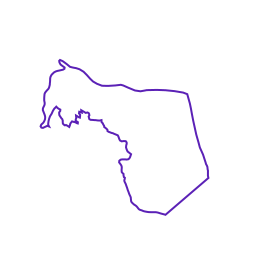 outline of Belém, Brazil, rotated 124°
{"feature_id": "56859067B26519845494345", "entity_name": "Belém", "entity_type": "district", "adm_level": 2, "iso_a3": "BRA", "parent_name": "Brazil", "parent_adm1": "", "projection": "albers", "projection_center": [-48.415, -1.273], "detail": "fine", "context": "isolated", "style": "outline", "palette": "violet", "viewbox_px": 256, "rotation_deg": 124, "n_neighbors": 0, "source": "geoboundaries", "source_scale": "gbopen_adm2", "svg_char_len": 3283}
<svg xmlns="http://www.w3.org/2000/svg" viewBox="0 0 256 256"><g transform="rotate(124 128 128)"><path d="M176.1,200.0L175.5,198.6L171.3,196.1L170.9,194.3L170.1,195.8L169.0,196.6L166.6,197.8L164.3,198.6L161.9,199.2L158.8,199.3L156.0,199.8L154.4,199.9L152.9,199.9L151.8,199.6L150.4,199.4L150.8,197.5L150.8,196.0L150.6,194.4L151.8,193.7L153.5,193.8L154.7,193.0L155.8,192.0L156.5,190.3L157.2,188.6L157.4,187.5L158.4,186.2L159.5,185.5L160.8,184.4L161.1,182.9L161.1,181.8L160.2,181.1L160.0,179.4L160.0,177.3L158.2,177.7L156.5,178.3L153.8,178.1L153.4,176.7L152.7,174.9L152.6,173.2L152.3,172.2L151.2,172.8L151.2,174.4L151.2,175.5L149.9,176.2L148.7,176.4L147.7,177.3L146.7,178.1L146.6,176.6L146.6,175.0L146.3,173.7L144.9,174.4L143.8,175.1L143.3,176.8L141.8,177.5L141.1,175.0L140.3,176.0L139.4,176.7L139.3,175.2L139.2,173.5L139.1,171.5L137.8,170.3L137.6,169.1L138.1,168.1L139.1,167.1L140.4,167.1L141.7,165.7L142.3,164.9L142.1,163.5L140.9,161.5L140.2,160.2L139.5,159.1L139.0,158.0L138.5,157.0L137.6,155.6L136.3,154.4L137.1,153.8L138.0,153.0L138.2,151.5L138.9,150.6L139.5,149.1L140.5,148.2L140.5,146.9L140.7,145.3L140.9,144.2L142.0,143.3L142.0,141.9L141.6,140.4L141.3,138.9L140.8,137.7L140.6,136.3L140.2,134.4L139.8,132.4L140.3,131.4L141.1,130.3L142.0,129.1L142.8,127.7L142.6,125.8L141.1,124.1L140.2,122.5L140.7,121.1L141.9,120.2L143.1,119.9L145.2,118.8L146.6,117.0L147.7,115.2L148.0,110.8L151.0,110.0L152.5,109.9L153.8,110.3L155.0,111.6L155.6,112.8L157.4,115.4L158.4,116.4L160.0,116.9L161.5,116.1L162.2,114.0L162.7,112.8L163.3,111.9L164.2,111.1L165.2,110.5L166.3,109.9L168.0,108.6L168.4,107.4L168.6,106.0L169.8,105.2L171.0,103.9L171.0,102.8L172.1,102.2L173.3,101.9L174.3,101.0L175.0,99.8L175.6,98.7L177.4,96.3L178.1,95.3L179.5,93.6L180.8,91.7L181.8,90.4L182.7,89.0L183.3,87.9L184.0,86.9L185.0,86.1L186.9,84.5L187.5,83.5L187.8,82.1L188.1,79.9L188.0,78.6L188.1,77.4L188.4,76.1L188.8,75.0L189.2,73.7L189.2,72.6L188.5,70.1L188.3,68.9L187.9,67.7L187.1,65.8L186.2,63.9L185.4,62.6L184.6,61.3L183.9,60.3L182.3,57.9L181.8,56.9L181.3,55.6L180.9,54.2L180.5,52.9L179.7,50.6L179.3,49.5L179.0,48.4L164.4,44.4L124.5,33.4L122.8,35.1L118.6,37.9L117.8,38.8L115.8,40.5L115.0,41.7L114.3,43.1L113.1,44.5L112.1,45.8L108.1,50.9L104.0,57.5L100.6,61.4L95.3,67.7L85.4,78.1L80.9,82.6L76.8,86.6L73.1,90.4L66.8,97.8L67.8,102.1L71.4,110.0L75.7,118.0L77.8,121.4L80.3,125.4L86.1,133.6L87.8,135.3L90.6,138.2L93.0,143.2L94.5,150.6L95.4,155.7L96.2,158.1L99.8,162.3L103.5,167.1L104.6,168.6L107.5,173.2L108.7,178.5L109.0,183.0L108.3,187.0L107.1,191.7L106.2,196.3L106.4,201.0L107.4,204.5L108.2,206.3L108.9,208.0L109.7,210.3L109.3,214.5L109.2,216.5L109.1,219.5L109.6,222.4L110.8,222.6L112.0,221.5L113.1,219.4L113.2,217.6L113.3,214.4L114.5,213.8L116.0,214.5L119.1,217.4L120.0,218.3L121.2,219.3L122.4,220.0L123.5,220.5L125.1,220.8L126.4,221.1L127.8,221.0L129.1,220.8L130.5,220.2L132.4,219.0L133.6,218.3L134.6,217.8L135.9,217.0L137.3,216.5L138.8,216.0L140.2,215.9L142.6,216.3L143.7,216.4L145.0,216.5L146.5,216.2L147.6,215.6L149.2,214.7L150.5,213.9L152.1,212.8L153.8,211.1L154.9,210.4L156.1,210.0L157.7,209.8L159.3,209.5L160.8,208.6L161.7,207.3L163.5,204.7L164.3,203.7L165.2,202.8L166.2,202.2L167.2,201.7L168.4,201.4L169.8,201.2L171.1,201.2L173.7,201.8L175.5,201.4L176.1,200.0Z" fill="none" stroke="#5b21b6" stroke-width="2"/></g></svg>